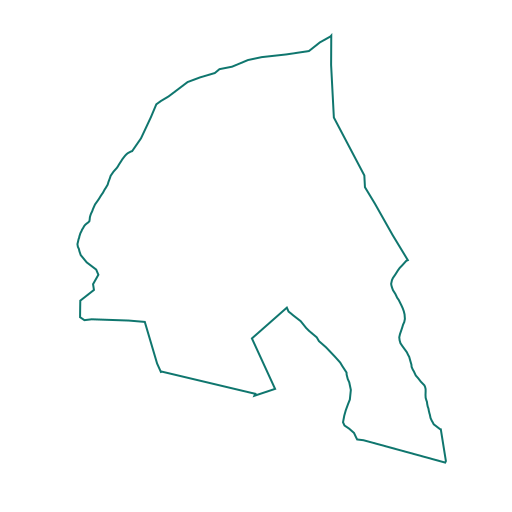 outline of La Pansee, Castries, Saint Lucia, rotated 267°
{"feature_id": "8701671B22615930928090", "entity_name": "La Pansee", "entity_type": "district", "adm_level": 2, "iso_a3": "LCA", "parent_name": "Saint Lucia", "parent_adm1": "Castries", "projection": "equal_earth", "projection_center": [-60.983, 14.014], "detail": "fine", "context": "isolated", "style": "outline", "palette": "teal", "viewbox_px": 512, "rotation_deg": 267, "n_neighbors": 0, "source": "geoboundaries", "source_scale": "gbopen_adm2", "svg_char_len": 2510}
<svg xmlns="http://www.w3.org/2000/svg" viewBox="0 0 512 512"><g transform="rotate(267 256 256)"><path d="M472.2,342.7L471.3,341.8L466.0,331.0L457.9,319.6L455.7,296.7L454.3,272.1L452.1,258.2L446.3,242.0L444.5,229.3L440.9,224.5L437.3,209.5L433.3,196.8L419.9,177.0L415.8,169.2L412.7,164.4L400.1,158.3L379.5,147.3L367.2,137.8L366.9,136.6L366.5,135.7L365.8,134.2L365.3,133.2L364.4,132.0L363.1,130.6L361.4,129.1L359.5,127.5L357.9,126.4L356.4,125.3L354.6,124.0L352.6,122.7L351.2,121.6L349.5,119.9L347.8,118.2L346.0,116.8L343.8,115.1L341.0,114.0L337.6,112.5L335.0,111.6L331.7,109.4L330.4,108.4L328.9,107.5L327.1,106.4L325.6,105.2L323.7,103.8L321.9,102.6L320.8,101.8L319.0,100.4L317.0,98.8L316.0,98.0L314.1,97.0L310.9,95.4L310.0,95.1L308.6,94.4L307.2,93.6L305.6,92.9L303.9,92.3L303.1,92.1L301.1,91.8L299.4,91.4L298.3,90.2L297.4,88.8L296.2,87.2L294.9,86.0L292.8,84.7L291.3,83.6L290.5,83.3L287.9,81.8L286.0,81.1L285.0,80.7L283.4,80.3L282.1,79.7L280.3,79.2L277.2,78.3L274.5,78.6L272.3,79.5L270.0,79.9L266.1,81.0L258.5,86.6L250.8,95.7L245.5,97.6L236.4,91.8L230.6,92.4L220.6,78.2L213.5,77.7L204.1,77.1L200.9,81.3L201.4,88.6L198.2,125.5L196.0,141.5L153.8,151.6L144.3,155.3L145.7,155.1L118.4,248.1L116.5,247.1L122.3,268.1L173.9,247.6L202.8,284.1L198.8,285.6L196.7,288.0L194.9,289.9L188.6,297.2L181.5,302.3L178.3,305.2L171.6,312.4L167.7,314.4L161.2,321.1L151.5,329.4L145.2,334.5L141.6,336.4L134.9,340.3L132.8,340.3L128.3,341.2L125.0,342.5L117.3,343.7L107.7,342.2L103.6,340.3L97.3,337.6L92.0,335.8L85.4,334.2L82.1,335.5L78.7,340.0L74.2,344.6L69.3,346.6L67.5,347.4L66.4,353.7L56.0,385.2L39.8,434.1L41.3,434.9L74.0,431.4L73.1,431.2L74.5,429.5L76.3,427.4L77.0,426.6L78.6,424.7L81.0,423.6L82.3,422.9L84.6,422.0L85.2,421.8L88.5,421.3L89.6,421.0L92.3,420.5L94.7,420.2L96.7,419.6L99.4,419.2L101.3,419.1L103.3,418.5L105.5,418.0L108.4,418.0L111.9,418.3L114.3,418.4L116.4,418.0L118.0,417.4L119.4,416.2L121.9,414.0L125.4,411.6L128.3,409.3L132.5,407.6L134.4,406.6L137.1,405.6L139.4,405.5L142.8,404.7L147.3,403.7L149.1,402.8L152.0,401.6L156.0,399.0L158.3,397.5L161.3,395.7L164.3,395.0L167.3,394.8L170.5,395.7L173.7,397.0L177.0,398.3L179.8,399.3L182.3,400.6L185.4,401.4L189.9,401.3L193.1,400.7L196.1,399.8L198.9,398.7L204.7,396.2L206.9,394.8L210.8,393.2L214.7,391.0L217.3,390.2L219.4,389.7L221.1,389.5L224.8,390.5L226.9,391.6L230.4,394.3L234.1,396.9L236.6,398.9L238.9,401.4L243.3,405.8L243.9,407.4L269.8,393.5L302.0,377.5L319.0,368.4L330.8,368.4L390.2,341.0L442.8,341.0L472.2,342.7Z" fill="none" stroke="#0f766e" stroke-width="2"/></g></svg>